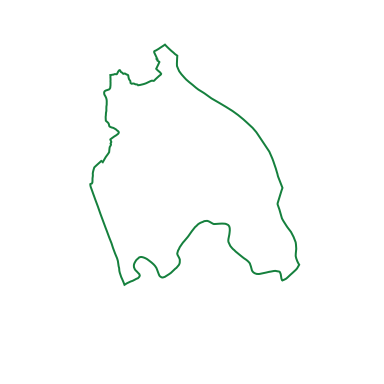 the district of Mang Thit, Vĩnh Long, Vietnam, rotated 30°
{"feature_id": "81297802B20675443699466", "entity_name": "Mang Thit", "entity_type": "district", "adm_level": 2, "iso_a3": "VNM", "parent_name": "Vietnam", "parent_adm1": "Vĩnh Long", "projection": "orthographic", "projection_center": [106.063, 10.182], "detail": "fine", "context": "isolated", "style": "outline", "palette": "green", "viewbox_px": 384, "rotation_deg": 30, "n_neighbors": 0, "source": "geoboundaries", "source_scale": "gbopen_adm2", "svg_char_len": 5626}
<svg xmlns="http://www.w3.org/2000/svg" viewBox="0 0 384 384"><g transform="rotate(30 192 192)"><path d="M111.1,81.3L108.1,81.0L106.5,80.6L103.6,80.1L100.9,79.5L97.6,78.7L94.9,77.9L94.7,78.3L94.2,79.4L92.4,82.9L91.5,84.8L89.9,87.6L89.2,88.5L89.0,89.0L89.1,89.5L89.3,89.8L90.0,90.4L92.9,92.4L93.9,93.1L94.7,93.7L94.8,93.9L94.7,94.5L95.1,94.6L95.6,94.4L95.8,94.4L95.9,95.1L96.3,95.5L96.7,95.5L98.6,95.6L98.8,95.8L98.9,97.2L99.0,97.8L99.3,101.8L99.4,103.2L100.7,103.6L102.0,103.9L104.7,104.4L105.8,104.9L106.2,105.1L106.3,105.6L106.1,106.5L105.6,107.6L104.5,111.0L104.0,112.6L103.6,114.3L103.3,114.9L102.9,115.1L102.3,115.3L101.5,115.7L100.6,116.8L99.5,118.4L98.2,120.3L97.7,121.0L96.2,122.7L93.8,125.0L92.0,126.5L91.8,126.4L91.3,126.3L90.4,126.4L89.7,126.8L89.1,127.0L88.4,127.1L87.8,127.1L87.4,127.2L86.6,127.6L85.9,128.2L85.6,128.4L85.2,128.4L84.8,128.4L84.3,128.3L83.8,127.7L83.4,127.1L82.9,126.6L82.5,126.4L81.8,126.2L81.3,125.9L80.6,125.4L79.5,124.2L78.8,123.3L78.4,122.9L77.9,122.7L77.5,122.7L77.0,122.9L76.4,123.0L75.9,122.9L75.4,122.9L74.9,122.9L74.5,123.0L74.0,123.5L73.6,123.9L73.2,124.0L72.8,123.9L72.4,123.7L72.0,123.6L71.3,123.6L70.5,123.6L70.1,123.4L69.7,123.1L69.2,122.9L68.8,122.6L68.6,122.6L68.4,122.7L68.2,122.8L68.1,123.1L67.9,124.1L67.9,124.5L67.9,125.4L68.0,126.9L68.0,127.3L67.9,127.6L67.7,127.8L67.3,128.0L66.8,128.2L66.3,128.4L66.0,128.7L65.7,129.0L65.4,129.5L65.1,129.8L64.6,130.1L63.8,130.8L62.8,131.6L63.5,132.5L64.2,133.8L64.9,134.8L65.6,136.0L65.9,136.7L66.7,137.9L68.3,140.8L68.7,141.9L69.1,142.6L69.1,143.0L69.1,143.5L69.1,143.9L68.9,144.6L68.4,145.2L67.7,146.0L66.7,147.1L66.2,147.9L66.1,148.1L66.0,148.4L66.0,148.7L66.0,148.8L66.0,149.1L66.0,149.3L66.1,149.6L66.9,150.9L67.2,151.2L68.0,151.8L69.1,152.4L70.3,153.2L71.2,154.0L72.0,154.9L72.7,155.9L73.6,157.5L74.5,159.1L75.1,160.7L75.9,162.2L77.3,164.6L77.9,166.4L78.8,168.2L79.2,169.0L79.6,170.0L80.2,171.0L80.8,171.9L81.3,172.7L81.7,173.3L82.2,173.5L83.3,173.7L84.3,173.9L84.9,174.1L85.4,174.3L85.9,174.7L86.7,175.5L87.2,176.0L87.6,176.4L88.0,176.5L88.6,176.5L90.1,176.3L91.9,175.8L93.0,175.8L94.8,175.8L96.0,176.1L96.6,176.2L97.7,176.3L98.3,176.7L98.7,176.8L98.9,177.3L99.0,178.1L98.8,178.9L98.4,179.8L97.9,181.0L96.9,182.8L95.6,185.7L95.0,187.2L95.1,187.5L96.1,188.2L97.1,189.0L97.2,189.8L97.2,190.3L97.2,190.7L97.5,191.0L97.8,191.1L98.1,191.4L98.2,191.6L98.3,192.1L98.3,193.8L98.3,194.2L98.6,195.1L99.8,197.8L100.3,198.9L100.3,199.4L100.3,199.9L100.2,201.2L99.8,205.0L99.8,206.9L99.8,209.6L99.8,210.0L99.8,210.8L98.8,210.6L97.9,210.5L97.4,212.2L96.9,213.7L95.9,216.8L95.3,218.8L95.1,219.6L95.7,222.2L96.2,224.0L96.8,225.6L97.8,227.1L98.5,228.6L98.9,229.7L99.9,231.5L100.5,232.6L100.9,233.4L101.0,234.0L101.0,234.7L100.0,235.9L100.3,236.6L101.7,238.2L105.4,241.3L106.9,242.6L110.6,245.7L110.7,245.8L111.4,246.4L117.7,251.6L123.6,256.7L131.8,263.5L135.3,266.4L137.9,268.5L142.7,272.5L148.0,276.7L151.4,279.8L156.1,283.7L160.3,286.9L162.3,288.8L165.6,293.0L166.9,294.3L168.5,296.6L169.8,298.0L173.3,301.1L175.0,302.3L177.8,304.4L179.4,305.7L179.9,306.1L181.4,303.4L183.0,301.1L183.6,300.2L185.0,298.6L186.1,296.9L187.3,294.9L188.3,293.7L188.7,292.0L188.7,291.2L188.5,290.4L187.5,289.5L185.8,289.0L183.8,288.4L182.2,288.0L181.1,287.5L180.5,287.0L179.5,286.3L178.7,285.2L178.2,284.3L177.8,282.8L177.7,280.8L177.8,278.7L178.6,276.3L179.0,275.0L179.9,274.1L180.6,273.6L181.7,273.2L182.9,272.9L184.3,272.7L185.5,272.6L186.6,272.6L187.0,272.6L187.7,272.7L189.4,272.9L192.3,273.3L195.1,273.9L196.9,274.5L199.0,275.5L200.2,276.4L204.2,279.7L205.4,280.6L206.0,280.9L206.9,281.1L207.6,281.1L208.4,281.1L209.4,280.7L210.9,279.1L213.3,274.5L214.2,272.5L215.9,266.7L216.2,266.0L216.4,265.7L217.1,261.8L217.0,260.3L216.6,259.1L215.3,256.7L214.4,255.9L213.4,255.2L212.1,254.4L211.1,253.8L210.1,252.9L209.9,252.4L209.2,249.7L209.2,247.8L209.0,246.3L209.0,245.7L209.3,241.8L209.5,239.9L209.7,239.2L210.7,233.6L210.9,232.4L211.4,226.7L211.5,225.8L212.2,220.9L212.8,219.2L213.4,216.9L214.2,215.3L215.2,213.8L216.3,212.5L217.2,211.1L217.5,210.9L218.7,210.0L219.6,209.4L220.9,209.1L222.1,209.0L223.2,209.0L224.3,209.0L225.8,209.0L227.0,208.8L229.0,207.5L231.8,205.6L234.0,204.2L236.0,203.2L236.6,202.9L238.0,202.6L239.9,202.5L240.2,202.6L240.8,202.9L241.4,203.1L242.1,203.8L242.7,204.4L243.9,206.3L244.9,208.5L245.6,210.2L247.1,214.6L247.7,215.9L248.5,217.0L250.6,218.5L252.2,219.6L254.6,220.5L256.3,221.0L257.7,221.2L259.4,221.7L264.8,222.6L268.0,223.1L270.2,223.4L273.0,223.6L274.7,223.9L275.9,224.2L276.8,224.5L277.8,224.9L279.7,226.6L280.0,226.8L281.0,227.8L283.2,230.0L284.6,230.7L285.6,230.9L286.6,231.0L287.5,230.9L289.0,230.6L290.9,229.6L291.8,228.9L296.7,224.5L298.9,222.4L299.0,222.4L302.5,219.4L303.7,218.6L305.2,218.1L306.8,217.5L307.6,217.3L308.0,217.4L308.4,217.6L309.9,218.8L312.7,222.2L314.0,223.3L314.5,223.4L315.5,222.1L316.7,220.3L317.2,219.1L317.8,217.2L318.6,214.5L319.4,212.1L320.8,207.6L321.2,205.8L321.2,205.4L321.2,201.4L319.9,200.7L317.8,199.3L315.5,197.4L313.8,195.6L312.6,193.3L310.7,189.1L308.3,185.5L306.9,183.7L302.4,180.1L297.7,177.1L293.4,175.3L292.0,174.7L290.4,173.9L285.6,171.4L283.1,169.9L280.0,166.9L276.5,163.5L272.4,160.0L271.8,159.0L268.8,145.9L268.3,143.2L258.7,135.5L258.0,134.8L257.0,133.7L255.4,132.2L252.9,129.8L249.9,127.2L247.3,124.9L244.9,122.9L238.8,118.4L219.8,109.0L217.7,108.0L212.3,106.1L211.8,106.0L204.3,104.3L200.1,103.4L193.4,102.3L186.7,101.6L179.0,101.3L171.2,101.2L162.1,101.2L154.1,100.4L152.7,100.3L146.3,100.1L143.2,99.7L138.9,98.9L134.3,98.2L130.7,97.5L128.1,96.7L123.9,95.3L120.5,93.8L117.9,91.9L116.0,90.4L114.7,88.3L112.5,84.1L111.1,81.3Z" fill="none" stroke="#15803d" stroke-width="2"/></g></svg>